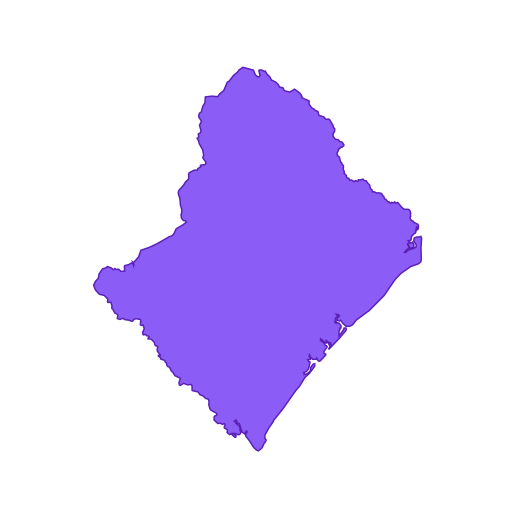 Pebane, Zambezia, Mozambique (Robinson projection), rotated 330°
{"feature_id": "85939544B33364168787730", "entity_name": "Pebane", "entity_type": "district", "adm_level": 2, "iso_a3": "MOZ", "parent_name": "Mozambique", "parent_adm1": "Zambezia", "projection": "robinson", "projection_center": [38.512, -16.709], "detail": "fine", "context": "isolated", "style": "filled", "palette": "violet", "viewbox_px": 512, "rotation_deg": 330, "n_neighbors": 0, "source": "geoboundaries", "source_scale": "gbopen_adm2", "svg_char_len": 6155}
<svg xmlns="http://www.w3.org/2000/svg" viewBox="0 0 512 512"><g transform="rotate(330 256 256)"><path d="M122.0,190.8L120.0,191.2L116.9,190.4L115.1,191.1L111.1,193.1L108.4,196.4L104.0,197.8L100.7,200.2L100.0,205.2L101.0,210.1L101.4,211.0L104.9,214.3L106.1,219.3L104.7,221.1L104.5,222.1L107.1,223.6L106.2,227.6L105.3,228.4L105.0,229.5L105.4,230.8L105.2,234.8L106.5,236.5L106.8,238.1L104.6,240.8L106.5,242.9L109.7,243.5L110.4,245.3L114.0,248.2L115.7,250.4L116.8,250.6L118.6,249.9L120.8,250.3L124.1,253.2L124.1,254.0L121.5,257.6L121.8,258.7L123.7,259.4L122.8,263.2L119.7,265.3L118.9,267.7L119.3,268.2L120.9,268.5L121.7,270.7L123.0,271.6L123.1,272.5L121.4,273.2L121.1,273.9L122.9,274.9L123.7,276.0L124.7,279.5L124.0,283.4L125.5,284.9L125.4,285.8L123.7,287.3L123.0,289.2L123.6,294.1L123.2,294.4L121.8,293.3L121.4,294.0L122.5,296.6L121.9,297.5L124.6,300.6L124.4,302.1L124.9,303.8L124.1,306.5L124.5,308.0L125.4,309.0L125.2,313.1L125.8,315.1L125.9,319.1L129.4,324.1L125.8,327.3L125.2,329.4L125.7,330.2L129.7,330.1L132.3,333.4L135.4,334.7L135.7,336.5L133.5,340.3L133.8,341.0L137.8,344.7L138.1,348.1L140.3,350.9L141.1,354.1L143.2,356.3L142.5,358.7L140.8,361.1L139.7,365.2L139.9,367.1L142.9,372.0L143.1,373.6L142.1,374.2L140.4,373.9L139.3,374.4L137.7,377.0L139.1,381.9L141.6,383.0L142.7,385.1L144.6,385.2L144.8,385.6L144.9,386.9L143.0,388.1L142.6,389.2L144.1,391.6L144.1,392.6L142.7,394.5L143.8,397.5L145.2,397.3L147.5,398.1L149.4,399.4L151.3,401.9L152.4,402.4L153.6,402.0L154.9,400.9L155.0,398.4L156.0,397.6L156.5,395.1L154.9,390.8L155.8,390.1L154.5,388.3L156.7,387.9L156.8,390.0L156.2,392.0L156.5,392.6L157.7,392.5L157.8,393.0L155.9,401.6L157.2,404.4L160.1,402.7L160.5,403.0L160.4,403.7L157.3,406.0L157.1,407.1L157.9,412.6L158.2,420.3L159.3,424.1L160.7,426.0L165.3,425.2L169.4,422.3L171.7,421.4L172.8,420.4L172.5,418.4L174.2,415.5L180.9,411.5L188.1,408.1L188.6,407.4L203.1,401.7L223.0,392.5L228.7,390.5L237.8,385.6L243.6,384.3L251.8,380.8L253.0,378.7L251.6,378.2L247.8,379.7L245.8,382.4L244.7,383.0L241.0,383.5L238.3,382.7L239.3,381.6L239.1,380.8L242.0,381.2L244.4,380.3L246.0,379.0L249.6,375.2L249.7,374.4L249.0,374.0L248.9,371.6L251.5,372.7L252.1,371.4L251.8,369.5L253.0,368.3L253.0,369.2L252.1,369.6L251.9,370.2L253.1,371.7L253.4,373.7L256.4,375.5L257.6,374.8L257.4,377.7L258.0,378.7L259.4,378.9L266.7,376.7L267.4,375.8L266.3,374.2L266.8,372.8L272.2,370.3L272.2,369.0L271.3,367.7L271.5,365.7L269.6,361.4L270.5,360.0L273.1,366.5L273.9,366.4L274.6,364.3L275.0,364.9L275.0,370.0L276.3,369.6L276.4,367.6L277.0,368.3L277.0,369.8L276.4,370.8L273.1,372.4L272.5,372.8L272.8,373.1L286.9,369.0L296.6,365.5L297.5,364.7L298.0,363.4L296.3,362.4L294.5,363.8L288.0,366.7L290.2,362.7L291.6,361.8L292.2,360.6L292.4,361.1L293.1,361.0L294.7,359.3L294.5,356.0L293.2,354.5L291.6,354.4L291.2,353.0L291.4,352.2L292.5,353.3L293.4,349.7L296.7,349.0L296.4,346.5L298.0,348.0L298.4,349.6L295.1,350.6L294.5,351.4L294.3,352.5L295.7,354.0L297.2,353.9L297.5,357.6L298.8,361.8L301.9,363.7L305.1,363.9L311.0,361.6L327.0,359.8L347.1,354.3L364.5,346.0L372.9,343.5L384.7,342.5L392.9,344.0L395.7,343.5L397.3,341.8L403.0,331.4L408.4,323.3L408.6,321.4L407.0,321.3L404.6,319.9L402.2,319.5L400.1,321.7L400.4,326.2L399.4,328.1L397.2,328.4L391.2,327.1L387.5,327.7L386.4,327.1L388.7,326.0L392.0,325.6L393.3,323.9L392.8,322.7L393.3,321.2L396.0,320.5L395.6,318.8L397.6,319.9L399.0,319.0L400.3,316.9L404.1,315.7L405.6,315.8L407.1,314.4L406.8,313.9L407.6,313.7L408.5,312.0L409.7,311.2L409.8,312.0L408.8,313.8L409.3,314.1L410.8,312.8L411.9,310.8L412.0,309.5L409.7,306.1L409.5,304.4L408.4,303.0L408.2,301.1L408.7,299.5L409.7,299.1L410.4,297.3L411.4,296.4L412.0,293.2L411.3,291.8L408.0,289.8L407.4,288.9L406.6,286.8L405.5,280.5L403.5,280.1L403.1,278.4L401.3,278.8L400.4,277.4L398.9,277.6L398.3,275.6L397.1,274.7L397.0,272.6L396.0,270.9L396.4,268.3L395.9,267.4L396.2,265.7L395.5,264.8L395.6,264.1L393.3,262.3L392.1,262.0L390.3,259.3L388.9,258.7L389.5,256.6L388.8,254.7L389.9,251.5L389.1,248.3L389.1,246.1L387.5,245.0L387.1,242.9L384.4,242.3L382.8,241.2L382.3,242.1L380.9,242.1L380.2,240.6L379.3,240.8L378.4,240.2L378.0,240.6L376.8,238.0L375.1,237.2L375.2,235.1L374.3,234.5L373.8,233.3L374.5,231.3L373.6,228.5L374.6,227.3L374.9,224.7L376.9,221.5L376.4,219.2L376.8,217.9L376.3,216.7L377.7,212.0L377.0,210.5L377.2,207.7L380.0,205.9L380.8,204.7L381.9,205.0L383.7,204.1L384.8,204.8L387.2,204.4L387.7,203.7L387.6,200.6L385.9,198.8L385.3,196.3L383.1,194.7L382.6,190.9L383.8,188.7L386.3,187.5L387.8,185.2L387.4,183.2L388.0,181.5L387.9,174.7L387.4,173.7L384.9,172.6L384.2,169.3L380.8,165.7L381.9,161.9L380.1,159.6L379.9,158.2L378.3,155.6L377.9,150.9L379.5,148.4L375.1,142.2L375.7,139.5L375.4,136.7L372.8,130.8L367.2,130.9L363.2,127.1L363.4,123.7L361.0,121.7L360.9,118.2L359.9,115.0L357.4,111.4L357.5,107.4L356.5,104.4L356.4,100.4L355.6,100.3L353.7,97.5L351.8,96.6L351.0,97.1L349.8,101.7L348.5,102.3L347.1,101.8L346.0,98.9L346.7,93.7L339.0,86.0L334.1,86.4L332.1,87.5L326.7,88.4L320.3,91.1L318.1,91.1L310.8,96.6L305.6,97.4L302.5,98.9L297.8,95.5L291.7,92.9L288.3,97.8L284.6,99.9L280.8,103.8L278.3,104.1L276.5,105.9L275.9,107.4L276.2,111.4L275.5,112.6L272.5,114.4L270.9,120.3L269.3,121.5L267.0,121.5L265.7,124.6L263.9,124.6L263.8,127.5L263.0,130.3L262.9,137.6L261.1,142.4L259.0,144.4L259.4,149.5L258.8,150.9L257.4,151.3L253.6,149.7L252.8,150.1L252.8,151.2L249.4,151.2L248.3,152.3L245.1,150.7L239.8,150.5L238.5,151.5L236.8,154.8L235.8,155.8L232.2,156.5L228.7,158.4L222.3,160.5L220.7,161.7L219.8,163.5L218.8,168.1L216.0,174.2L215.1,178.2L213.4,181.2L211.8,182.7L210.4,185.8L210.8,188.9L212.4,190.1L212.9,191.8L207.9,192.5L200.5,192.5L196.4,195.5L193.5,196.5L190.2,195.9L176.6,195.9L168.2,195.2L159.2,193.5L153.8,198.1L147.6,200.2L146.7,200.3L146.3,199.5L146.0,202.5L145.2,203.2L145.6,201.8L144.7,199.8L141.3,199.8L137.6,198.7L136.6,199.5L134.7,203.5L131.3,201.7L130.5,198.9L128.0,197.5L127.6,196.3L125.7,196.6L124.5,193.7L122.0,190.8ZM397.6,322.4L395.5,321.4L393.5,321.6L393.2,322.8L393.7,324.1L392.7,325.9L395.8,327.1L397.2,327.0L398.3,325.5L398.5,323.7L398.4,322.2L397.6,322.4ZM147.8,402.8L148.9,401.7L148.5,400.3L147.8,399.0L145.7,398.1L146.9,402.2L147.8,402.8Z" fill="#8b5cf6" stroke="#5b21b6" stroke-width="1.5"/></g></svg>